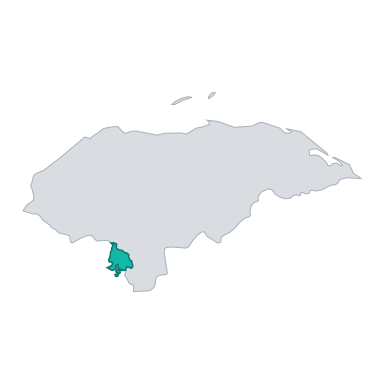 Honduras, with Valle highlighted
{"feature_id": "HND-645", "entity_name": "Valle", "entity_type": "Department", "adm_level": 1, "iso_a3": "HND", "parent_name": "Honduras", "parent_adm1": "", "projection": "mercator", "projection_center": [-87.601, 13.55], "detail": "fine", "context": "in_parent", "style": "filled", "palette": "teal", "viewbox_px": 384, "rotation_deg": 0, "n_neighbors": 0, "source": "natural_earth", "source_scale": "10m", "svg_char_len": 4283}
<svg xmlns="http://www.w3.org/2000/svg" viewBox="0 0 384 384"><path d="M361.0,178.5L346.9,177.7L340.3,179.4L337.4,183.3L334.9,185.1L332.9,184.7L328.6,186.2L322.3,189.7L316.6,191.0L311.5,190.2L310.0,191.0L309.6,192.2L308.8,193.3L306.9,193.9L304.6,193.6L302.1,192.3L300.7,192.9L300.6,195.1L299.2,195.7L296.6,194.7L293.6,195.5L290.4,198.2L285.8,198.8L279.9,197.2L275.3,194.3L272.1,189.9L268.2,188.8L261.4,192.1L258.6,195.8L258.0,198.1L258.6,200.2L257.4,201.6L254.2,202.3L251.8,204.9L250.2,209.3L249.9,212.7L250.8,215.1L249.3,216.9L245.1,218.0L240.3,221.8L234.6,228.3L229.0,232.8L223.5,235.4L220.8,238.2L221.0,241.3L220.7,242.3L219.6,242.7L217.8,243.1L207.0,236.3L204.0,231.6L201.3,232.3L197.9,234.7L193.2,240.0L188.1,247.3L185.6,248.1L172.9,247.0L166.2,247.6L164.8,248.6L164.2,251.3L164.6,254.8L166.4,267.6L167.5,272.9L166.4,274.5L163.0,274.7L158.6,275.5L156.2,277.9L155.6,280.4L155.3,283.8L153.9,287.4L151.2,289.9L148.5,290.9L133.3,291.5L133.6,285.6L129.2,283.3L126.7,278.3L124.6,275.0L125.3,273.0L125.1,270.6L118.9,268.8L113.1,270.2L109.8,269.3L107.4,268.1L111.6,265.1L111.9,263.4L110.5,262.1L109.1,261.2L109.5,257.9L110.4,254.0L112.7,244.9L111.9,243.3L108.0,240.6L103.1,240.3L97.7,241.1L95.1,239.7L92.9,236.6L89.0,235.1L82.2,237.6L75.0,241.4L72.8,242.7L71.0,242.6L70.1,239.7L69.8,236.4L69.3,235.6L65.5,234.4L61.0,233.5L58.7,232.6L56.5,230.3L51.2,227.4L50.0,225.2L42.8,220.2L41.3,217.7L39.7,215.9L36.2,213.6L33.5,214.1L24.4,211.3L23.0,211.0L24.3,208.5L27.2,204.6L33.4,200.3L34.0,196.8L32.3,190.0L30.7,185.7L31.6,183.7L33.5,175.9L35.0,174.0L44.1,170.1L44.9,169.5L52.0,164.0L60.0,157.8L68.2,151.0L77.4,143.3L82.5,138.9L84.8,137.0L90.1,138.5L94.3,134.9L96.7,133.7L102.3,129.4L104.1,128.4L113.5,126.7L118.0,126.7L122.0,131.1L125.2,133.5L131.1,131.4L136.1,131.0L156.8,135.1L164.9,133.3L180.0,132.9L186.7,133.9L196.3,128.1L202.4,127.0L209.6,124.3L208.7,121.5L206.9,120.2L217.9,121.5L234.3,127.3L251.7,126.2L258.0,123.1L262.1,122.2L279.9,128.2L284.6,132.8L288.3,133.3L291.1,132.2L291.9,131.3L288.4,130.3L286.8,128.8L300.8,131.7L327.3,153.5L327.9,155.2L316.6,148.8L310.6,149.3L309.0,150.3L309.4,153.9L309.9,155.5L312.5,155.7L314.4,154.7L319.0,155.9L322.1,158.2L325.9,161.8L328.1,165.7L330.6,165.8L332.9,163.4L337.4,163.1L340.4,165.8L342.4,165.6L339.5,161.5L332.7,157.5L334.3,157.3L349.4,164.6L353.7,173.7L357.3,175.7L361.0,178.5ZM183.3,100.2L174.6,104.6L171.8,104.5L175.8,101.1L182.3,98.1L187.8,96.7L192.2,97.3L183.3,100.2ZM213.2,95.4L209.0,98.7L208.3,97.2L210.3,94.2L212.8,92.5L215.2,92.6L214.6,93.9L213.2,95.4Z" fill="#d9dde1" stroke="#a8b0b8" stroke-width="1"/><path d="M109.8,262.1L109.3,261.9L108.7,260.6L109.0,259.0L110.3,255.9L110.4,254.8L110.4,252.8L110.6,251.8L111.1,251.1L111.6,250.6L111.9,250.0L111.5,249.0L111.8,248.1L112.9,245.6L113.4,244.8L112.4,244.4L110.9,243.0L111.7,242.9L114.0,242.8L115.3,243.7L116.5,243.7L116.5,245.3L116.3,247.8L116.7,248.4L119.0,249.9L120.6,250.3L121.6,250.2L121.8,250.2L122.1,250.4L122.3,250.6L124.2,252.1L125.6,253.0L126.2,253.1L126.6,252.9L126.7,253.0L127.7,253.8L128.1,254.0L128.5,254.3L128.7,254.7L128.6,256.9L128.8,257.3L129.1,257.8L129.1,258.2L129.9,259.9L131.9,261.3L131.7,262.5L131.8,263.0L132.1,263.8L132.7,265.0L132.8,266.2L132.2,267.5L131.1,268.4L130.3,267.6L129.9,267.4L129.4,267.3L128.3,267.5L127.9,267.4L127.3,266.9L126.4,267.5L126.1,267.8L125.9,268.4L125.8,269.1L125.9,269.6L126.0,269.9L125.5,270.3L125.1,270.3L123.2,270.3L122.4,270.5L121.9,270.5L121.4,270.3L121.4,269.9L122.1,269.9L122.1,269.6L121.1,269.4L120.0,269.0L119.1,268.9L118.4,269.6L118.0,269.6L118.1,269.0L118.7,267.6L118.0,267.3L117.8,266.7L118.0,265.1L117.7,264.3L117.0,264.4L116.3,265.1L115.8,265.7L116.3,267.3L115.5,268.8L114.0,269.9L112.4,270.3L111.5,270.1L110.2,269.3L109.2,269.0L109.1,268.6L109.1,268.2L108.9,268.0L108.3,268.0L108.0,267.9L107.2,267.6L111.5,265.7L112.4,264.6L112.6,263.9L112.5,263.1L112.2,262.5L111.8,262.0L111.0,261.7L109.8,262.1ZM117.8,269.8L118.4,269.9L119.8,269.6L120.6,269.6L120.6,269.9L119.7,270.4L120.3,272.6L119.5,273.4L117.0,272.5L115.8,271.8L116.0,270.9L116.7,269.8L117.2,269.5L117.8,269.8ZM118.2,274.2L118.4,274.6L118.3,275.4L117.7,276.2L116.5,276.5L115.8,276.4L115.6,276.3L115.4,276.1L115.4,275.7L115.8,275.7L115.5,275.4L115.2,274.8L115.0,274.5L115.9,274.2L116.6,274.1L118.2,274.2Z" fill="#14b8a6" stroke="#0f766e" stroke-width="1.5"/></svg>